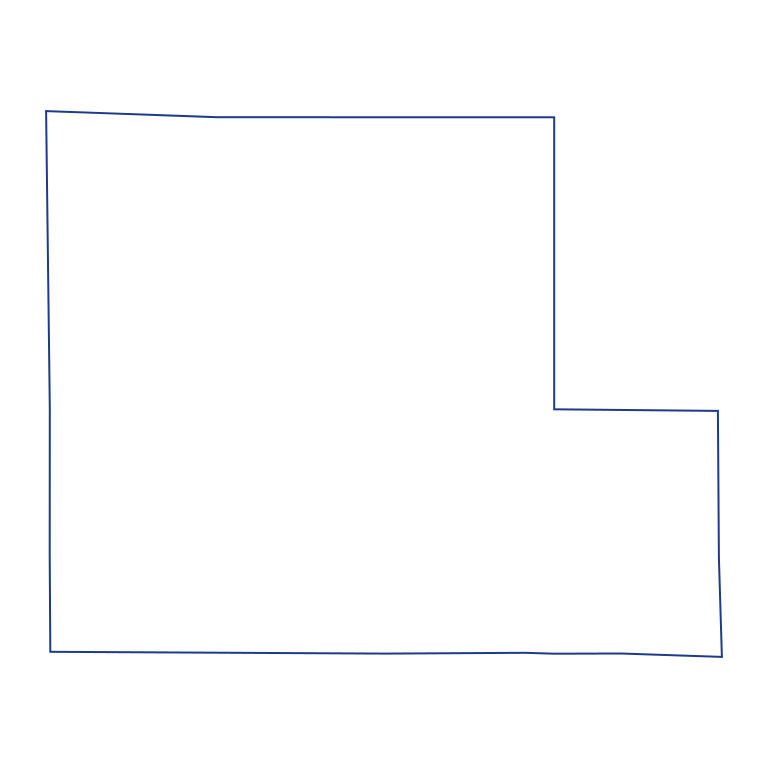 Isanti, Minnesota, United States of America (Robinson projection)
{"feature_id": "52423323B71710421504154", "entity_name": "Isanti", "entity_type": "district", "adm_level": 2, "iso_a3": "USA", "parent_name": "United States of America", "parent_adm1": "Minnesota", "projection": "robinson", "projection_center": [-93.264, 45.573], "detail": "fine", "context": "isolated", "style": "outline", "palette": "blue", "viewbox_px": 768, "rotation_deg": 0, "n_neighbors": 0, "source": "geoboundaries", "source_scale": "gbopen_adm2", "svg_char_len": 302}
<svg xmlns="http://www.w3.org/2000/svg" viewBox="0 0 768 768"><path d="M46.1,111.1L49.8,408.1L49.7,555.2L50.3,651.8L385.2,653.6L525.6,652.8L553.9,653.7L621.0,653.5L721.9,656.9L718.9,557.7L717.9,410.9L554.2,409.3L554.2,117.3L216.5,117.2L46.1,111.1Z" fill="none" stroke="#1e3a8a" stroke-width="2"/></svg>